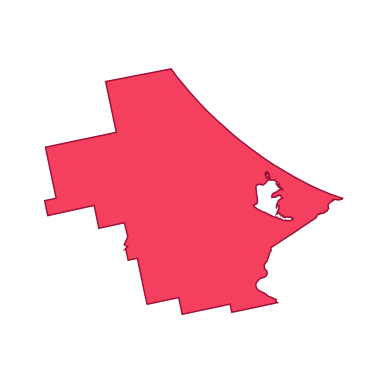 the district of Coorong, South Australia, Australia, rotated 168°
{"feature_id": "25037944B88075036338207", "entity_name": "Coorong", "entity_type": "district", "adm_level": 2, "iso_a3": "AUS", "parent_name": "Australia", "parent_adm1": "South Australia", "projection": "equal_earth", "projection_center": [139.321, -35.718], "detail": "fine", "context": "isolated", "style": "filled", "palette": "rose", "viewbox_px": 384, "rotation_deg": 168, "n_neighbors": 0, "source": "geoboundaries", "source_scale": "gbopen_adm2", "svg_char_len": 5903}
<svg xmlns="http://www.w3.org/2000/svg" viewBox="0 0 384 384"><g transform="rotate(168 192 192)"><path d="M46.0,154.7L48.6,155.8L51.8,158.0L57.4,161.3L65.4,166.8L73.4,172.7L79.6,177.7L86.0,183.1L89.8,186.3L92.2,188.7L95.1,191.1L101.8,197.4L103.6,199.2L105.5,200.7L115.5,211.0L126.5,223.3L134.8,233.1L141.3,241.3L141.9,242.3L153.8,258.4L160.7,268.6L165.5,276.4L173.2,289.6L183.0,308.2L186.8,316.8L253.5,318.0L253.6,266.1L326.0,266.3L326.2,214.2L337.9,214.1L338.0,198.9L290.5,199.2L290.6,175.9L264.5,176.0L264.4,170.6L264.2,170.5L264.3,169.6L264.2,161.3L269.3,154.5L266.2,151.8L266.7,151.3L267.5,151.3L269.7,149.7L268.6,149.7L268.6,138.5L259.2,138.5L259.4,100.4L259.3,100.1L259.3,92.4L259.0,91.5L226.9,91.5L227.0,74.4L178.0,74.4L178.1,66.0L175.5,66.2L175.1,66.0L131.5,66.0L132.7,67.1L132.0,69.3L133.7,70.4L136.3,72.5L138.9,74.1L141.9,77.7L147.1,81.8L148.4,83.7L149.0,86.0L149.0,87.4L148.6,88.8L147.7,90.0L144.3,92.6L142.8,93.2L139.3,93.6L137.9,93.9L136.9,94.5L135.9,95.6L135.3,97.2L135.2,98.3L135.4,99.3L136.4,100.9L136.7,101.8L136.9,103.3L136.8,104.9L136.4,105.6L135.0,107.2L132.9,108.9L132.6,109.6L130.3,113.2L128.8,116.3L128.1,117.1L127.3,117.6L126.8,118.2L126.5,120.4L126.3,121.1L125.8,121.4L99.7,131.5L93.5,134.1L76.0,141.0L75.1,142.0L73.7,143.9L73.0,144.1L72.2,143.7L71.7,143.6L71.4,143.8L71.4,144.1L70.6,144.4L69.7,144.3L69.0,143.8L68.0,143.9L66.0,144.7L65.9,145.2L65.4,145.6L65.0,145.2L64.3,145.1L61.7,147.6L61.7,150.5L61.2,151.5L59.6,152.8L58.5,153.2L57.6,153.9L56.2,153.9L56.0,154.2L55.9,155.1L55.6,155.5L55.1,155.3L54.9,154.9L54.6,154.7L54.2,154.7L53.5,155.2L53.1,155.2L52.5,154.7L51.3,154.1L49.8,153.7L46.5,153.9L46.0,154.7ZM98.7,145.1L98.6,144.5L98.9,144.4L99.0,144.0L99.5,144.0L99.7,144.4L100.0,144.5L102.1,143.3L103.1,143.6L103.8,144.3L104.9,144.2L105.9,144.4L106.5,145.1L106.9,144.8L108.3,145.0L109.4,145.8L109.8,146.4L110.3,146.5L111.2,147.5L112.1,147.6L112.6,148.4L113.6,148.4L113.9,148.6L113.9,149.3L114.2,149.8L116.5,150.3L117.6,150.8L118.1,151.4L118.6,151.6L119.2,152.3L119.7,152.5L119.8,152.8L120.1,152.8L120.4,153.1L120.5,153.3L121.1,153.5L121.4,153.7L121.7,154.3L122.4,154.4L122.7,155.0L123.1,155.1L124.0,156.1L124.7,156.7L127.4,158.2L129.5,160.1L130.5,160.7L131.9,162.1L133.2,163.6L134.1,165.1L134.5,165.4L134.1,165.9L134.6,166.2L134.4,166.6L133.6,166.5L132.5,166.8L132.0,166.6L131.5,167.1L130.8,167.5L130.3,168.4L130.1,168.5L129.8,170.2L129.7,171.4L129.5,172.2L129.6,172.6L129.3,172.9L129.5,173.9L129.3,174.3L129.3,175.0L129.4,177.0L128.9,178.8L128.9,181.1L128.5,182.4L128.4,183.3L128.5,183.5L127.7,184.9L126.9,185.2L126.9,185.3L126.6,185.5L123.5,185.5L123.1,185.4L123.0,185.0L122.8,185.0L122.7,184.7L122.3,184.7L121.2,184.0L117.8,185.6L116.9,186.5L116.0,187.2L115.2,187.6L114.2,187.8L114.1,188.3L114.9,188.3L114.6,188.8L114.7,189.0L114.4,189.0L114.5,189.2L114.4,189.5L115.1,189.5L115.8,190.0L116.3,190.2L116.3,191.2L116.0,191.6L115.5,191.3L115.6,191.1L115.5,191.6L115.5,192.0L115.9,192.2L115.8,193.0L116.3,192.8L116.7,193.1L116.6,193.4L116.7,193.6L116.8,194.4L116.4,194.4L116.3,194.5L116.5,194.8L116.4,195.1L116.1,195.3L115.9,195.6L115.6,195.6L115.1,196.2L114.7,196.3L113.8,195.9L113.7,195.6L114.1,195.3L114.5,195.4L114.4,195.1L114.7,194.8L114.4,194.6L114.1,194.8L114.0,194.6L113.8,194.9L113.6,194.9L113.5,194.5L113.6,194.4L113.4,194.1L113.4,193.8L113.0,193.8L112.8,193.4L112.9,193.1L113.3,192.9L113.1,192.4L113.4,192.2L113.5,192.4L113.6,192.2L113.4,191.9L113.4,191.7L113.2,191.3L113.8,191.4L114.3,190.3L113.8,190.0L113.3,190.4L113.4,189.7L112.9,189.8L112.7,189.6L112.7,189.4L113.0,189.4L113.3,189.2L113.0,188.8L113.0,188.4L113.2,188.1L113.1,187.8L112.8,187.4L111.7,187.0L110.5,186.8L109.6,186.9L108.9,186.6L108.8,186.1L107.8,185.3L107.6,184.7L107.2,184.5L107.1,184.1L106.8,184.1L107.9,182.6L107.6,182.2L107.4,181.2L106.9,180.7L106.4,181.1L106.3,180.9L106.6,180.9L106.4,180.7L106.2,180.1L105.9,180.4L105.6,181.2L105.2,181.7L105.1,181.1L105.4,180.8L105.1,180.7L105.7,180.3L105.7,180.0L105.7,179.6L105.3,179.1L105.2,178.8L105.5,178.7L106.0,179.0L106.5,178.8L106.4,178.2L106.3,178.7L106.1,178.6L105.6,178.7L105.1,178.2L104.9,178.4L104.5,178.3L104.4,178.2L104.9,178.1L104.9,177.7L104.3,177.8L104.2,177.5L104.1,177.1L103.4,176.9L103.4,177.1L103.2,176.9L103.2,176.5L103.4,176.7L103.8,176.7L103.7,176.4L103.4,176.3L103.6,176.1L103.5,175.7L103.3,175.4L104.0,175.7L103.7,175.8L103.9,176.6L104.2,176.7L104.3,176.4L104.5,176.4L105.2,176.5L109.4,174.4L110.4,174.4L111.6,174.0L112.1,174.0L113.1,173.6L113.2,173.1L113.8,173.0L114.3,172.4L114.9,170.7L115.0,170.2L113.9,170.1L112.9,169.6L112.3,169.8L112.2,169.9L112.3,170.0L111.9,170.2L111.2,169.7L110.5,169.8L110.0,170.5L109.6,170.6L108.3,170.3L108.2,170.5L108.4,170.6L108.4,170.9L108.0,171.1L107.8,171.0L107.8,170.8L107.6,170.6L107.0,170.5L106.3,170.7L105.7,170.1L105.9,169.2L106.0,169.1L106.0,168.9L105.3,168.4L105.4,168.0L105.1,168.0L105.2,167.8L104.9,167.3L106.5,167.0L107.6,166.2L108.1,166.2L108.9,165.7L109.1,165.3L109.3,165.4L110.0,164.5L110.9,163.0L111.2,162.8L111.3,162.2L111.8,161.9L112.2,161.1L112.2,160.8L112.5,160.1L112.6,159.1L112.3,159.3L111.5,161.4L110.1,161.2L109.8,160.7L109.8,160.0L110.1,159.8L110.2,159.1L110.1,158.7L110.7,157.7L110.4,157.8L109.9,157.6L110.7,157.5L111.2,156.3L112.8,154.8L113.0,154.1L113.3,153.5L113.5,153.2L113.9,152.7L113.6,152.8L113.2,153.2L112.7,153.2L112.3,153.6L111.9,153.5L111.8,153.3L112.0,153.3L111.9,153.1L111.1,153.0L110.7,153.2L110.7,152.7L110.3,152.0L110.6,151.6L109.4,151.0L109.3,150.8L109.5,150.4L108.7,150.7L108.4,150.6L108.0,149.9L108.2,149.7L108.3,149.0L107.9,149.0L107.5,148.1L107.0,147.9L106.6,148.1L105.8,147.8L105.5,148.0L105.4,147.8L104.7,148.3L104.2,148.0L103.8,147.6L103.2,147.6L102.9,147.3L101.7,146.8L101.0,146.9L101.3,147.2L101.2,147.3L100.7,147.2L100.4,147.1L100.4,146.7L99.3,145.6L99.3,145.3L98.7,145.1ZM115.2,193.5L114.7,193.6L114.7,193.9L114.0,194.3L114.4,194.1L114.7,194.3L115.1,194.2L115.0,193.6L115.2,193.5Z" fill="#f43f5e" stroke="#9f1239" stroke-width="1.5"/></g></svg>